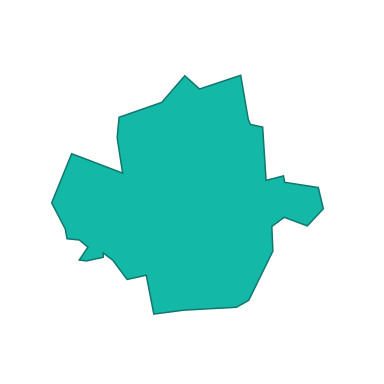 Roanoke, Virginia, United States of America, rotated 207°
{"feature_id": "52423323B30503653704079", "entity_name": "Roanoke", "entity_type": "district", "adm_level": 2, "iso_a3": "USA", "parent_name": "United States of America", "parent_adm1": "Virginia", "projection": "albers", "projection_center": [-79.961, 37.274], "detail": "fine", "context": "isolated", "style": "filled", "palette": "teal", "viewbox_px": 384, "rotation_deg": 207, "n_neighbors": 0, "source": "geoboundaries", "source_scale": "gbopen_adm2", "svg_char_len": 596}
<svg xmlns="http://www.w3.org/2000/svg" viewBox="0 0 384 384"><g transform="rotate(207 192 192)"><path d="M73.9,214.1L67.4,236.7L81.5,253.3L113.8,242.7L117.8,247.9L131.3,236.0L158.5,281.9L170.7,278.7L174.8,282.2L201.6,318.1L232.1,287.2L251.2,292.3L259.6,258.2L290.9,225.5L283.4,206.5L262.4,177.3L316.6,171.5L312.1,118.6L288.1,101.5L282.1,93.6L270.6,98.1L259.7,95.6L261.6,80.2L254.7,82.7L241.4,93.6L243.4,97.3L231.7,95.3L210.1,84.6L195.0,97.1L170.6,65.9L146.3,82.6L100.1,109.5L92.3,121.2L93.1,176.1L105.2,197.5L98.4,211.3L73.9,214.1Z" fill="#14b8a6" stroke="#0f766e" stroke-width="1.5"/></g></svg>